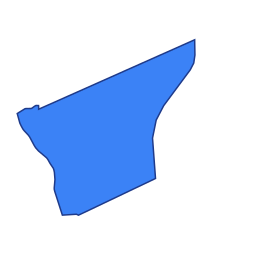 the Governorate of Al Minya, rotated 156°
{"feature_id": "EGY-1545", "entity_name": "Al Minya", "entity_type": "Governorate", "adm_level": 1, "iso_a3": "EGY", "parent_name": "Egypt", "parent_adm1": "", "projection": "natural_earth1", "projection_center": [30.491, 28.195], "detail": "fine", "context": "isolated", "style": "filled", "palette": "blue", "viewbox_px": 256, "rotation_deg": 156, "n_neighbors": 0, "source": "natural_earth", "source_scale": "10m", "svg_char_len": 699}
<svg xmlns="http://www.w3.org/2000/svg" viewBox="0 0 256 256"><g transform="rotate(156 128 128)"><path d="M31.2,181.5L37.2,167.4L41.5,160.6L47.5,155.8L86.3,133.9L99.0,123.8L109.7,108.8L123.4,70.7L208.7,68.5L210.2,70.2L223.4,75.1L220.7,99.9L220.3,102.0L219.8,103.2L215.7,110.6L213.3,117.4L212.8,119.7L212.6,121.5L212.8,122.6L213.6,127.2L214.0,131.6L214.2,132.7L214.5,133.9L219.1,143.4L220.4,147.5L220.8,150.3L221.5,159.8L222.0,162.1L223.9,167.6L224.4,169.5L224.7,172.6L224.8,175.0L224.8,176.6L223.3,186.3L214.3,187.5L213.4,187.3L208.5,185.2L207.9,185.2L207.1,185.3L204.5,185.9L202.9,186.0L200.6,184.9L201.0,183.7L202.0,181.5L31.2,181.5Z" fill="#3b82f6" stroke="#1e3a8a" stroke-width="1.5"/></g></svg>